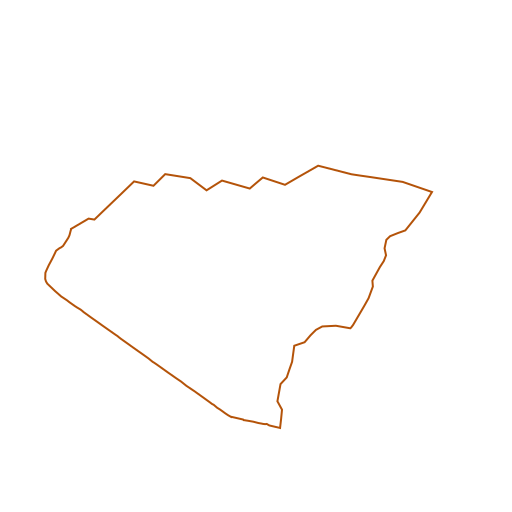 Fouli, Lac, Chad (orthographic projection), rotated 318°
{"feature_id": "50815135B95453652867262", "entity_name": "Fouli", "entity_type": "district", "adm_level": 2, "iso_a3": "TCD", "parent_name": "Chad", "parent_adm1": "Lac", "projection": "orthographic", "projection_center": [13.802, 14.046], "detail": "fine", "context": "isolated", "style": "outline", "palette": "amber", "viewbox_px": 512, "rotation_deg": 318, "n_neighbors": 0, "source": "geoboundaries", "source_scale": "gbopen_adm2", "svg_char_len": 1863}
<svg xmlns="http://www.w3.org/2000/svg" viewBox="0 0 512 512"><g transform="rotate(318 256 256)"><path d="M393.7,273.7L387.1,265.8L381.6,259.1L362.6,230.5L340.5,225.7L325.2,222.5L313.6,202.2L304.7,201.9L296.5,201.7L281.2,177.2L263.2,174.1L259.3,154.2L243.3,134.4L235.1,134.8L226.8,135.2L215.3,119.0L194.8,119.7L171.8,120.4L160.3,120.8L156.6,116.2L136.6,112.1L136.3,112.5L134.7,113.5L132.0,115.3L131.0,115.9L128.7,116.9L119.4,119.4L117.0,119.2L115.2,118.7L111.0,118.3L107.2,119.9L103.0,121.6L99.7,122.8L95.8,124.2L91.6,126.0L90.0,126.7L88.2,127.6L86.2,129.7L84.0,132.0L82.9,134.4L82.8,134.9L82.5,136.4L82.4,137.1L83.2,147.6L83.3,148.4L84.2,156.1L84.3,156.3L84.6,157.4L85.9,162.5L86.3,164.9L86.6,166.3L87.9,172.1L88.3,173.5L88.4,174.0L89.8,178.5L90.2,180.9L90.3,182.1L92.2,190.9L95.4,205.2L98.3,217.9L99.0,220.9L99.5,222.8L99.7,224.4L100.2,227.2L102.6,237.9L102.8,239.0L104.8,247.9L105.6,251.3L106.5,255.3L107.6,260.3L108.2,264.4L108.4,265.6L108.8,266.8L108.9,267.2L109.6,270.0L112.7,284.0L114.9,293.5L115.2,294.7L116.3,299.1L117.4,305.9L119.5,314.2L119.6,314.5L123.2,331.0L123.9,334.3L124.3,336.5L125.0,338.3L125.6,342.9L125.7,343.2L126.5,345.9L127.0,348.2L127.1,348.6L127.8,352.0L128.7,355.6L129.0,356.5L129.9,359.2L130.2,359.2L137.0,368.9L137.0,369.7L137.9,370.7L138.5,371.5L139.5,372.7L141.3,375.0L143.1,377.3L146.0,381.7L148.1,384.4L148.8,385.4L150.3,387.1L151.6,388.0L152.5,390.8L158.8,399.9L165.5,394.0L172.5,387.6L174.7,378.3L188.5,367.6L197.6,366.8L205.2,362.5L212.0,358.8L216.7,354.8L224.4,348.3L234.4,352.6L243.5,351.4L251.1,351.0L258.1,352.7L268.7,361.3L277.7,372.8L278.9,372.8L282.0,372.2L294.3,368.3L303.1,365.5L311.4,362.7L322.4,356.9L326.0,352.2L340.7,347.1L347.5,345.3L353.1,342.5L356.7,336.3L363.7,331.2L368.9,331.0L376.8,333.9L384.1,336.9L406.6,333.2L429.6,326.2L414.6,299.1L393.7,273.7Z" fill="none" stroke="#b45309" stroke-width="2"/></g></svg>